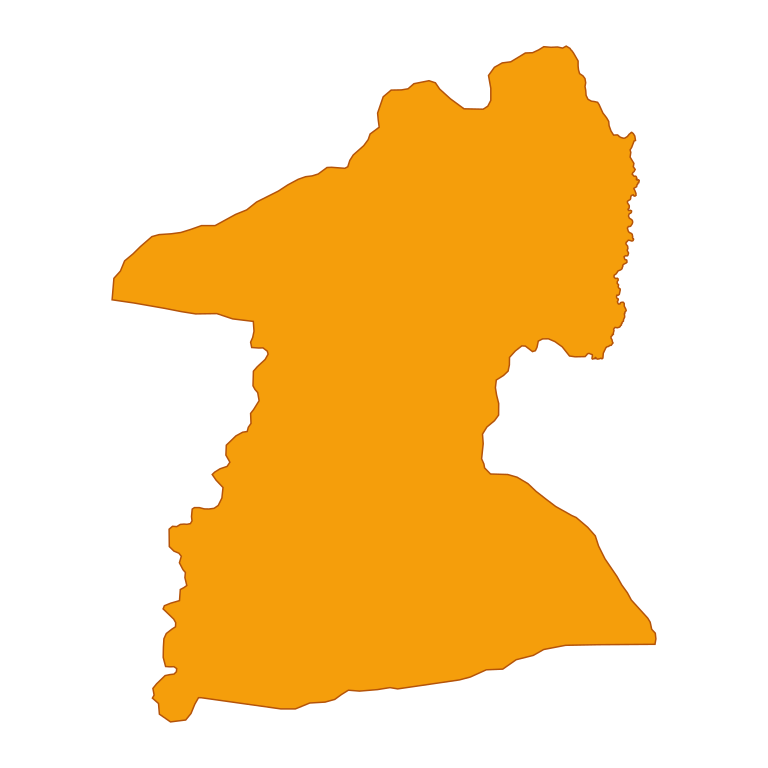 outline of Migues, Canelones, Uruguay
{"feature_id": "84410073B2992667902544", "entity_name": "Migues", "entity_type": "district", "adm_level": 2, "iso_a3": "URY", "parent_name": "Uruguay", "parent_adm1": "Canelones", "projection": "mercator", "projection_center": [-55.568, -34.48], "detail": "fine", "context": "isolated", "style": "filled", "palette": "amber", "viewbox_px": 768, "rotation_deg": 0, "n_neighbors": 0, "source": "geoboundaries", "source_scale": "gbopen_adm2", "svg_char_len": 6083}
<svg xmlns="http://www.w3.org/2000/svg" viewBox="0 0 768 768"><path d="M655.0,644.3L655.9,638.9L655.3,633.2L651.7,629.3L650.2,622.2L647.8,618.2L631.3,600.0L627.4,592.8L621.7,584.9L617.0,576.5L605.0,558.9L598.6,546.1L595.3,535.9L587.7,527.3L576.2,517.5L571.9,515.6L555.7,506.5L546.2,499.3L536.1,491.4L528.0,483.7L517.1,477.2L507.7,474.5L490.5,474.0L484.6,467.9L483.9,464.0L481.6,458.8L483.2,443.7L482.5,434.1L486.9,427.0L494.5,420.7L498.6,415.1L498.7,403.5L496.6,395.1L495.4,387.7L496.3,380.0L503.6,375.4L508.1,371.1L509.4,364.9L509.5,357.4L515.4,350.9L521.8,345.9L525.4,346.1L532.5,351.6L535.4,350.7L537.0,347.3L538.3,341.1L542.6,338.9L548.4,338.8L554.9,341.6L562.2,346.8L569.5,356.0L575.1,356.8L585.1,356.6L586.9,354.7L587.2,354.1L588.0,353.6L589.1,353.4L592.3,354.7L592.4,356.0L592.1,357.2L592.0,358.6L592.6,359.1L594.0,358.6L594.9,358.7L595.1,357.7L595.5,357.5L596.1,358.0L596.2,358.5L597.1,359.0L597.8,359.1L599.7,358.7L601.0,358.2L601.9,358.8L602.4,358.6L602.9,358.0L603.3,353.2L606.0,347.5L606.4,347.4L606.9,346.8L608.7,346.4L609.6,345.5L611.2,345.3L612.0,344.3L612.3,343.6L612.9,343.2L613.0,342.8L612.4,341.8L612.0,339.7L611.0,338.1L611.1,337.4L611.0,336.6L612.4,335.4L612.4,334.5L613.0,334.5L613.4,334.2L613.3,333.1L614.0,330.6L613.6,329.2L614.2,328.3L615.1,327.4L617.3,327.8L619.5,327.1L620.2,326.5L620.2,326.0L621.4,325.0L621.3,324.0L622.0,323.5L622.0,322.7L622.3,322.1L623.4,321.2L623.5,319.6L624.7,317.0L624.5,314.5L624.3,313.9L624.9,313.2L624.8,312.2L625.6,311.5L626.2,310.5L625.8,309.1L624.3,306.2L624.2,303.4L623.4,302.4L622.9,302.1L622.3,302.4L621.3,302.3L620.5,302.7L620.1,303.8L618.8,304.1L618.2,303.7L617.6,302.5L617.4,301.5L617.9,300.9L618.3,299.5L618.2,298.9L617.6,298.8L616.9,298.2L616.5,296.9L616.7,295.3L617.0,295.1L617.5,295.3L618.4,295.1L619.3,294.3L620.2,290.2L620.2,289.3L620.1,288.9L618.9,288.1L618.4,287.4L618.2,286.5L618.6,284.9L618.3,284.4L617.3,283.6L617.2,283.1L617.3,281.4L618.2,280.2L618.1,278.9L617.2,278.2L615.8,278.5L614.9,278.0L614.3,277.5L614.0,276.6L614.2,275.2L616.2,273.8L618.1,270.9L620.6,269.9L621.9,268.9L622.2,268.2L622.2,267.6L622.8,266.6L622.7,265.4L622.9,265.1L624.1,264.0L626.2,263.0L627.0,262.2L626.8,260.2L626.3,259.8L625.3,259.7L625.0,259.4L624.5,258.7L624.4,257.7L624.0,256.9L624.6,256.3L625.7,255.7L626.9,255.9L627.6,255.7L627.9,255.3L628.5,253.3L628.5,252.9L627.5,251.1L627.2,250.1L627.9,248.6L627.7,246.6L627.6,246.1L626.3,244.5L625.9,243.4L626.3,242.2L626.8,241.9L628.3,240.2L630.3,240.5L631.3,241.0L632.6,240.9L633.1,240.5L633.6,239.3L633.4,238.7L633.0,238.7L632.5,237.6L632.7,236.8L632.2,234.2L630.7,233.0L630.0,232.9L629.0,232.2L628.2,231.0L627.4,228.1L628.4,226.5L629.9,226.5L630.7,226.1L632.3,223.7L632.7,222.1L632.5,220.9L632.1,220.1L631.5,219.5L629.4,218.2L628.5,216.1L628.8,214.8L629.3,213.7L630.6,213.2L631.1,212.7L631.4,212.3L631.6,211.1L631.5,210.8L630.4,210.3L628.7,210.5L628.1,209.8L628.0,209.2L629.0,208.4L629.3,206.8L629.2,205.5L627.5,202.9L627.4,201.5L628.3,200.6L630.0,199.7L630.6,198.8L630.8,196.5L631.5,195.5L633.2,194.8L634.0,196.0L634.5,196.1L635.2,196.0L636.1,195.2L635.9,194.3L636.0,193.5L634.8,190.4L633.9,188.8L633.9,188.3L636.6,186.7L637.0,184.8L637.8,183.9L637.9,183.1L638.8,182.7L638.9,181.5L639.2,181.1L639.2,180.5L638.7,179.9L638.0,179.7L637.3,180.1L636.4,179.6L636.4,178.8L636.9,178.5L636.3,176.8L635.7,176.2L634.2,176.3L632.2,174.2L632.8,172.7L634.1,171.5L635.2,169.4L633.3,166.8L633.9,163.4L630.1,157.1L630.8,152.4L630.1,149.9L631.7,147.3L634.1,141.0L635.5,140.5L634.8,136.0L633.3,133.6L631.7,132.3L631.0,132.6L630.8,133.0L629.2,134.2L627.4,136.5L624.8,138.1L623.3,138.2L620.8,137.4L619.0,136.4L618.6,135.6L617.3,134.9L613.6,135.1L611.0,131.0L609.1,125.7L608.7,121.4L606.6,117.8L602.9,113.0L599.1,104.6L597.6,102.3L594.1,101.5L591.5,101.2L588.0,99.3L586.1,95.4L585.7,90.1L585.0,86.6L585.7,82.8L585.0,78.6L583.0,75.9L579.6,73.6L578.5,69.8L578.1,66.0L578.1,61.0L573.5,53.0L571.7,50.5L571.1,50.1L570.0,48.4L566.2,46.1L562.6,48.1L557.6,47.0L551.0,47.3L543.8,46.7L538.6,49.9L532.6,52.7L525.3,53.0L510.8,61.8L502.2,62.9L494.4,67.3L488.5,75.5L490.8,88.3L490.8,100.4L487.8,106.2L483.1,109.2L464.0,108.8L450.4,98.8L439.7,89.1L435.4,82.8L429.0,80.7L413.9,83.7L408.0,88.8L401.4,89.9L391.1,90.1L383.2,96.8L377.6,113.1L378.2,119.7L379.2,127.2L370.1,134.0L368.2,139.6L363.7,145.7L353.3,154.9L349.8,160.4L347.8,166.7L344.9,168.3L331.6,167.3L327.0,167.5L318.2,174.0L312.1,175.9L305.6,176.7L298.2,179.3L287.8,184.9L278.3,191.1L256.6,202.0L246.7,209.9L235.6,214.4L215.1,225.6L201.5,225.6L190.5,229.5L180.8,232.5L171.1,233.8L159.1,234.6L151.9,236.6L140.5,246.5L133.1,253.8L124.6,260.9L120.4,271.1L113.9,278.3L112.1,299.8L134.0,303.0L164.9,308.4L181.2,311.6L195.6,313.9L216.8,313.6L232.7,318.9L253.3,321.4L254.0,331.2L252.7,337.4L250.6,342.2L251.7,347.5L258.6,348.0L263.0,347.9L267.3,351.2L268.1,354.2L265.1,359.5L257.4,366.6L253.4,371.2L253.0,385.8L255.0,389.5L257.7,392.6L259.1,400.7L253.5,409.7L250.6,413.4L251.0,423.4L248.3,427.3L247.2,431.5L242.7,432.2L235.9,435.9L226.3,445.2L225.9,455.1L229.9,462.2L227.1,466.4L220.0,468.8L214.7,472.1L212.2,474.5L216.1,480.2L223.0,487.5L221.9,498.0L218.2,505.5L214.1,508.3L208.9,509.0L204.3,508.9L199.3,507.6L194.4,507.6L192.2,509.1L191.5,516.6L192.0,520.9L190.4,523.6L187.0,524.3L184.0,524.1L180.3,524.4L176.8,526.6L172.5,526.3L169.1,529.2L169.3,546.6L173.9,551.1L178.9,553.2L181.3,556.3L179.4,562.8L183.0,569.7L185.4,572.5L184.9,577.6L186.8,585.5L183.9,587.6L180.3,589.5L179.5,600.6L170.6,603.2L164.4,605.7L163.1,608.9L173.7,619.1L175.7,622.7L175.5,626.8L171.8,629.2L166.3,633.5L163.9,638.8L163.4,647.1L163.2,657.4L165.6,666.5L169.5,666.8L174.0,666.7L176.7,668.6L176.4,671.7L174.0,674.1L169.8,674.6L165.1,675.6L156.6,683.8L152.9,688.4L154.1,695.1L152.4,698.1L158.5,703.5L159.4,714.2L170.5,721.9L185.7,720.0L191.0,713.5L194.8,704.2L198.5,697.7L201.1,697.7L280.7,708.9L295.4,708.9L309.8,703.0L325.1,702.1L334.8,699.4L341.5,694.5L348.4,690.2L359.5,691.1L377.5,689.6L390.0,687.6L397.7,688.9L459.5,679.9L470.4,677.0L486.3,669.8L502.8,669.1L516.2,659.7L533.3,655.4L543.7,649.5L565.6,645.3L598.5,644.7L655.0,644.3Z" fill="#f59e0b" stroke="#b45309" stroke-width="1.5"/></svg>